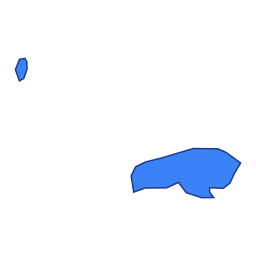 the border of Rum Cay
{"feature_id": "BHS-5032", "entity_name": "Rum Cay", "entity_type": "District", "adm_level": 1, "iso_a3": "BHS", "parent_name": "The Bahamas", "parent_adm1": "", "projection": "orthographic", "projection_center": [-74.928, 23.749], "detail": "fine", "context": "isolated", "style": "filled", "palette": "blue", "viewbox_px": 256, "rotation_deg": 0, "n_neighbors": 0, "source": "natural_earth", "source_scale": "10m", "svg_char_len": 465}
<svg xmlns="http://www.w3.org/2000/svg" viewBox="0 0 256 256"><path d="M160.7,158.2L193.5,148.5L217.8,148.8L226.0,152.4L240.6,163.0L234.1,174.0L229.9,183.1L223.4,188.3L209.6,187.7L209.6,192.1L213.7,197.5L201.9,197.7L186.3,192.7L178.5,182.4L166.7,187.8L145.2,188.0L133.7,192.1L131.2,175.9L135.6,166.8L145.7,161.9L160.7,158.2ZM24.9,58.3L26.8,61.5L27.0,69.3L23.8,78.4L19.4,80.9L15.4,69.6L19.5,59.3L24.9,58.3Z" fill="#3b82f6" stroke="#1e3a8a" stroke-width="1.5"/></svg>